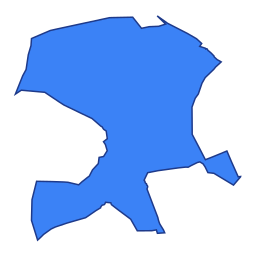 Santo Domingo Yanhuitlán, Oaxaca, Mexico (orthographic projection)
{"feature_id": "50627088B16686232310096", "entity_name": "Santo Domingo Yanhuitlán", "entity_type": "district", "adm_level": 2, "iso_a3": "MEX", "parent_name": "Mexico", "parent_adm1": "Oaxaca", "projection": "orthographic", "projection_center": [-97.341, 17.526], "detail": "fine", "context": "isolated", "style": "filled", "palette": "blue", "viewbox_px": 256, "rotation_deg": 0, "n_neighbors": 0, "source": "geoboundaries", "source_scale": "gbopen_adm2", "svg_char_len": 1859}
<svg xmlns="http://www.w3.org/2000/svg" viewBox="0 0 256 256"><path d="M36.6,181.3L32.0,199.7L31.5,220.4L37.6,240.1L39.3,238.6L41.2,236.8L43.6,234.4L51.1,229.0L55.3,227.0L66.9,223.1L85.6,217.7L91.6,213.6L95.8,210.7L100.6,207.8L100.8,206.8L102.1,205.2L104.1,204.7L104.6,204.3L105.6,202.3L110.8,202.8L111.4,204.6L118.5,210.1L130.7,219.2L132.8,222.9L135.6,227.8L137.3,230.8L151.9,230.7L156.4,229.9L156.8,231.3L157.4,233.3L164.7,232.8L163.5,230.0L159.8,224.0L159.1,222.2L158.4,220.0L157.8,217.4L153.4,205.9L147.7,190.9L147.0,189.0L147.7,186.9L147.6,186.1L147.2,185.4L146.9,185.2L146.7,184.9L146.6,184.2L146.4,183.7L145.9,183.5L145.1,182.5L145.1,181.9L144.8,181.3L144.6,181.1L144.5,180.5L144.1,180.2L147.7,172.7L157.9,170.7L178.2,167.9L185.6,167.1L188.2,167.2L190.9,165.7L197.4,162.5L199.9,161.9L203.1,163.9L205.1,166.9L207.9,172.6L213.9,173.3L233.5,185.1L240.5,176.9L240.6,176.5L238.2,176.8L231.5,161.8L226.9,151.0L219.9,153.9L212.8,156.8L205.4,159.7L205.1,159.2L199.8,148.9L193.0,135.9L192.2,134.4L192.0,107.1L195.2,98.3L198.3,94.0L202.0,83.2L205.2,77.6L213.9,69.2L215.7,66.9L216.2,66.5L221.2,61.9L220.4,61.4L217.1,59.6L214.2,56.9L214.1,56.6L214.0,56.0L211.3,53.2L208.9,51.1L208.0,50.5L207.2,49.0L206.4,48.7L205.7,49.0L205.3,48.2L199.7,46.4L201.7,43.5L196.6,38.8L187.5,33.5L167.6,23.3L157.2,15.9L165.6,24.1L158.7,26.3L149.2,26.7L141.5,28.3L132.7,17.2L112.3,17.6L109.5,17.7L55.6,29.3L50.3,30.5L31.5,38.5L31.0,45.6L28.3,54.7L26.1,69.5L22.7,75.8L15.4,94.1L21.3,90.2L44.8,92.3L59.1,101.9L64.1,105.1L81.3,113.4L92.0,118.5L100.9,126.2L102.1,126.8L103.1,128.5L103.8,129.4L106.2,131.0L107.3,138.7L103.5,141.7L105.4,144.6L107.2,150.7L103.6,156.5L99.1,157.4L98.3,163.6L92.5,169.9L89.3,176.1L87.1,177.7L86.9,177.9L84.4,179.9L82.9,181.1L82.5,181.3L82.3,181.5L78.7,184.8L68.0,182.3L63.9,182.0L52.1,181.6L36.6,181.3Z" fill="#3b82f6" stroke="#1e3a8a" stroke-width="1.5"/></svg>